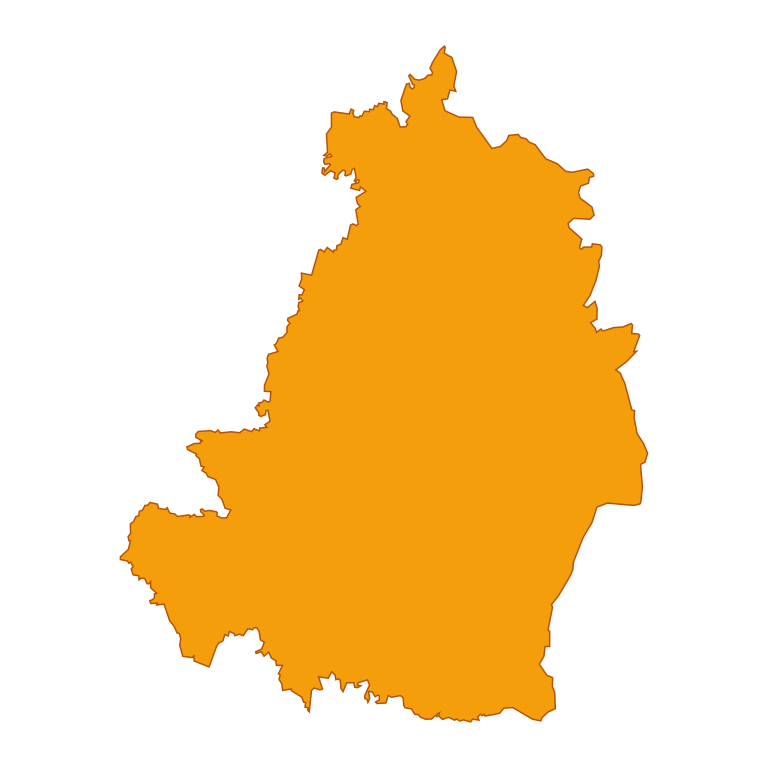 Gaibandha, Rangpur, Bangladesh (Natural Earth projection)
{"feature_id": "16705992B74857221285320", "entity_name": "Gaibandha", "entity_type": "district", "adm_level": 2, "iso_a3": "BGD", "parent_name": "Bangladesh", "parent_adm1": "Rangpur", "projection": "natural_earth1", "projection_center": [89.465, 25.343], "detail": "fine", "context": "isolated", "style": "filled", "palette": "amber", "viewbox_px": 768, "rotation_deg": 0, "n_neighbors": 0, "source": "geoboundaries", "source_scale": "gbopen_adm2", "svg_char_len": 6092}
<svg xmlns="http://www.w3.org/2000/svg" viewBox="0 0 768 768"><path d="M547.8,712.2L555.3,708.6L554.7,692.6L552.4,686.4L552.6,677.6L546.9,675.3L539.3,664.2L543.9,656.4L545.1,646.5L549.6,646.5L549.7,631.3L548.0,630.3L552.5,607.3L551.5,604.5L558.4,595.9L570.0,576.2L572.8,569.8L573.4,562.2L583.1,537.5L592.1,522.3L596.9,507.1L607.4,503.1L633.6,505.4L639.9,503.9L640.8,502.4L642.4,486.6L640.6,465.8L641.2,464.0L644.8,462.4L647.6,453.3L643.8,444.0L637.1,433.6L634.1,417.7L634.6,410.6L631.8,409.9L624.8,383.4L620.2,373.1L615.8,369.8L626.5,361.7L636.6,351.2L633.7,351.7L639.7,335.5L638.5,334.0L631.7,333.5L632.5,324.8L631.0,323.5L623.0,327.0L613.8,327.6L604.6,330.5L602.3,330.8L601.0,329.0L596.5,332.4L595.2,328.4L590.6,322.6L596.9,319.1L597.1,308.6L595.0,301.4L587.2,307.7L583.4,305.3L589.9,295.7L596.0,280.3L599.4,266.4L598.7,261.3L601.4,255.6L601.9,247.2L600.2,244.8L592.4,243.8L591.6,247.0L583.2,247.2L582.1,249.1L580.4,248.8L579.6,247.1L581.8,239.1L569.0,227.6L568.1,223.4L573.6,218.4L590.0,219.2L594.1,215.1L592.0,207.1L580.1,198.1L578.5,192.6L580.5,186.1L588.5,183.2L589.4,177.4L593.7,176.3L593.5,173.7L587.7,169.1L572.2,172.3L565.7,171.3L557.2,163.7L545.7,158.8L535.2,144.7L529.5,142.4L525.9,138.7L520.6,137.5L518.2,134.4L508.7,135.5L506.6,140.7L500.4,146.5L491.9,148.4L476.7,127.3L472.7,117.4L459.0,117.1L445.0,110.8L441.7,99.6L447.5,98.9L449.9,90.0L455.8,91.3L453.8,86.0L456.6,71.6L451.8,57.4L444.3,53.3L445.2,47.4L444.3,46.1L440.1,50.0L432.3,62.8L430.0,68.4L432.5,72.3L431.7,74.9L428.0,75.1L424.4,78.6L419.1,80.2L414.7,79.2L410.2,74.5L408.8,75.7L412.5,84.2L414.4,85.1L414.2,87.5L412.2,88.9L410.1,87.2L409.3,83.4L406.5,84.0L400.9,100.4L402.8,110.9L409.9,116.1L406.0,121.6L407.7,123.9L406.1,126.7L400.1,127.0L397.3,118.4L391.7,113.8L390.7,111.2L386.4,108.6L387.2,102.7L384.9,101.7L383.8,101.8L384.1,104.0L378.7,103.3L377.6,106.6L374.7,105.6L373.3,109.7L369.6,109.2L369.5,111.7L364.4,111.2L361.8,116.2L360.1,115.8L358.9,117.6L354.2,116.7L352.9,113.3L353.7,110.5L351.1,109.1L349.2,114.0L334.0,111.9L331.4,113.2L331.5,127.1L326.5,134.0L327.5,152.3L323.8,155.4L326.5,156.2L330.3,154.0L331.8,156.2L324.1,158.6L323.7,161.9L324.9,164.3L329.6,163.7L330.4,164.9L324.7,171.4L324.4,168.1L322.7,167.9L321.9,173.0L324.7,175.2L330.7,170.8L335.1,173.0L333.9,178.0L336.4,179.3L338.1,178.6L337.6,176.1L339.0,173.6L343.2,170.0L345.5,171.1L344.9,175.3L345.8,175.9L350.7,174.2L352.1,169.5L354.4,168.4L356.1,177.4L354.3,180.9L355.8,182.1L357.4,179.6L359.3,180.3L358.5,182.7L351.9,184.4L350.8,188.2L359.6,190.5L360.4,186.8L366.0,191.4L356.1,197.5L357.5,203.6L360.3,206.5L355.8,209.7L358.2,224.1L356.4,225.6L352.9,223.9L350.5,225.1L347.2,239.4L343.1,237.6L340.9,244.0L336.9,245.7L336.4,249.9L333.9,250.2L333.5,252.1L327.2,247.5L324.2,251.9L320.7,249.4L318.8,250.1L311.6,275.2L301.4,273.1L301.7,279.2L299.1,285.9L304.4,289.8L301.9,295.0L299.2,294.7L298.7,299.3L300.9,298.2L302.7,301.1L298.8,302.6L298.1,306.3L299.6,310.6L298.2,310.6L296.8,314.3L287.9,318.3L287.6,320.3L289.9,323.4L287.1,326.5L286.9,332.5L283.0,337.1L278.7,338.1L276.4,343.4L274.2,345.0L278.0,351.5L268.6,354.3L267.2,358.1L267.8,363.1L266.8,366.1L269.0,373.9L264.5,385.2L264.4,391.2L270.9,391.7L270.0,401.4L268.1,402.1L263.9,400.0L262.4,402.1L258.5,403.1L259.1,405.8L257.4,405.1L255.2,407.8L258.7,412.6L258.9,415.4L260.9,416.4L265.4,414.7L266.0,410.8L267.9,410.2L270.0,421.2L264.8,424.7L266.8,427.3L259.8,428.1L259.4,430.9L254.0,428.7L251.7,431.6L244.3,429.1L239.7,432.7L231.0,431.8L220.3,432.9L218.1,430.0L215.1,432.4L210.5,430.6L198.3,431.5L195.8,434.2L195.9,437.5L202.9,441.1L200.5,441.0L200.2,443.4L194.5,443.5L186.8,447.0L187.7,449.6L196.6,454.1L195.9,455.6L199.4,458.7L200.9,466.0L204.0,467.0L202.0,470.6L206.3,473.3L208.0,476.7L215.5,479.4L218.9,487.2L218.1,495.4L221.8,499.0L225.2,508.3L230.8,509.9L226.6,517.8L221.7,518.0L216.6,515.8L217.3,512.7L216.4,511.8L209.5,510.4L205.0,511.3L202.0,508.9L200.4,509.7L200.8,511.8L204.4,515.4L203.8,516.4L196.5,516.6L194.3,514.4L189.9,517.3L190.0,515.4L188.5,514.9L177.5,516.5L174.7,513.9L169.8,513.1L167.1,507.7L165.6,509.5L158.5,508.4L157.5,504.2L150.0,502.4L147.6,505.3L145.0,505.4L142.5,510.2L139.4,511.3L138.8,515.6L135.8,516.8L133.6,521.5L130.3,524.0L130.6,533.5L128.1,536.5L128.9,540.8L130.5,540.9L128.3,549.4L120.4,556.8L120.4,559.5L127.5,561.0L128.8,563.2L130.8,562.2L133.0,566.6L131.2,568.9L133.2,574.9L138.7,575.7L139.1,579.8L141.2,578.2L144.6,578.4L147.1,583.7L149.0,583.8L150.6,581.8L150.7,587.8L156.6,593.2L154.3,594.0L154.6,597.1L153.0,599.4L149.8,600.7L150.7,603.5L157.4,603.2L156.7,605.0L164.0,604.1L169.7,620.8L174.2,626.4L177.0,632.9L179.5,633.6L180.7,638.8L179.7,645.2L182.8,656.3L192.3,657.6L193.9,655.9L194.2,661.0L209.1,666.9L216.5,646.6L218.6,643.2L222.8,641.0L224.9,634.5L228.1,636.0L229.4,631.5L234.0,633.4L234.9,635.7L239.3,634.2L243.2,635.7L247.9,628.8L252.5,629.7L254.3,627.6L257.0,628.0L259.1,631.5L260.4,639.8L264.2,642.2L261.8,648.9L255.6,651.9L256.1,653.4L261.3,651.7L264.0,656.2L268.8,652.2L271.5,658.2L275.8,660.8L276.4,665.4L282.4,665.4L278.5,673.8L280.2,675.0L279.0,679.3L281.7,683.7L282.7,690.4L291.3,689.0L291.4,690.6L301.8,697.2L303.7,702.2L305.6,702.7L305.0,707.2L308.0,707.7L307.8,710.3L309.3,711.8L311.5,690.3L314.3,688.1L320.0,689.9L322.5,689.1L318.5,676.7L328.3,678.3L331.6,671.9L335.0,674.8L335.8,679.7L338.5,678.8L340.3,680.4L340.9,688.2L343.0,691.7L346.7,682.8L353.7,682.7L354.8,687.3L357.5,687.7L360.7,685.9L357.6,685.2L358.2,682.7L367.5,679.9L369.5,685.0L364.7,695.9L364.9,698.4L367.0,699.5L367.9,702.4L369.7,698.4L368.6,691.5L372.4,692.0L375.1,696.7L377.8,695.2L379.4,696.0L379.2,700.1L375.6,701.9L377.0,703.5L385.9,703.0L388.2,695.6L391.6,697.2L400.3,695.6L403.2,697.8L403.7,705.5L405.1,707.8L411.4,708.9L414.8,714.3L418.6,714.7L420.3,717.1L425.5,719.2L431.6,719.0L435.5,715.5L436.9,716.5L437.0,714.2L439.5,712.7L438.5,716.0L442.6,719.4L448.4,717.3L454.7,720.2L456.3,718.9L459.8,721.0L463.4,719.9L470.7,721.9L472.6,719.1L479.0,720.1L477.6,717.0L480.6,714.1L482.2,715.7L484.0,714.3L485.1,716.0L494.9,714.3L499.6,713.2L504.0,708.1L512.8,707.6L532.6,719.2L540.8,720.9L542.0,717.7L547.8,712.2Z" fill="#f59e0b" stroke="#b45309" stroke-width="1.5"/></svg>